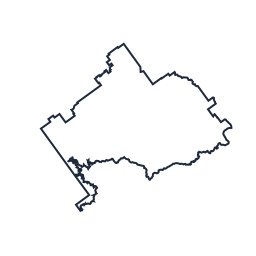 the district of Dardanup, Western Australia, Australia, rotated 144°
{"feature_id": "25037944B56639802047851", "entity_name": "Dardanup", "entity_type": "district", "adm_level": 2, "iso_a3": "AUS", "parent_name": "Australia", "parent_adm1": "Western Australia", "projection": "mercator", "projection_center": [115.891, -33.416], "detail": "fine", "context": "isolated", "style": "outline", "palette": "slate", "viewbox_px": 256, "rotation_deg": 144, "n_neighbors": 0, "source": "geoboundaries", "source_scale": "gbopen_adm2", "svg_char_len": 5786}
<svg xmlns="http://www.w3.org/2000/svg" viewBox="0 0 256 256"><g transform="rotate(144 128 128)"><path d="M46.9,121.0L47.5,121.2L48.0,121.7L48.5,122.7L48.1,124.1L49.2,124.7L49.6,125.8L49.4,126.6L48.3,127.2L48.4,128.1L48.3,129.2L48.7,130.2L49.4,130.1L50.8,131.4L50.4,133.0L50.5,133.9L53.4,136.5L54.5,136.5L54.9,136.7L54.8,137.5L55.5,139.2L56.6,140.2L56.9,140.7L56.7,142.1L57.6,142.8L58.6,143.2L58.6,143.5L57.5,144.9L57.4,145.9L63.5,145.9L63.5,148.2L71.7,148.3L71.7,148.8L82.2,148.8L82.1,164.9L84.8,165.9L82.1,170.2L82.0,198.6L88.9,198.6L88.9,199.6L100.0,199.5L100.0,198.3L102.7,198.3L102.7,193.7L106.4,193.7L106.4,190.0L103.6,189.9L103.6,187.8L107.1,187.8L108.0,186.0L107.8,185.5L108.9,185.5L108.9,183.9L111.6,183.9L111.6,187.8L113.7,187.8L113.7,186.8L118.7,186.8L118.7,186.1L120.3,186.1L120.3,187.7L123.6,187.7L123.6,187.3L125.7,187.3L125.6,181.6L124.7,181.6L124.7,178.5L154.0,178.5L154.0,177.5L158.3,177.5L160.5,175.7L162.1,175.6L163.0,176.0L163.0,171.6L163.9,171.6L163.9,169.2L175.2,169.2L175.2,179.6L181.3,179.6L181.3,182.0L187.1,182.0L187.2,178.6L198.8,178.7L198.9,125.5L198.8,96.6L215.2,96.5L215.2,89.1L214.7,89.2L213.8,88.4L212.9,88.7L212.8,88.9L213.2,90.1L213.6,90.9L212.9,91.1L212.8,91.9L212.3,92.6L211.4,92.9L210.5,92.6L210.0,92.8L209.5,92.5L208.9,92.6L208.6,91.8L208.7,91.5L207.0,92.0L207.2,91.5L206.9,91.2L204.8,90.5L203.7,89.1L203.3,88.8L202.2,89.1L202.0,89.4L201.7,89.4L201.6,89.8L200.4,89.9L199.5,89.6L198.8,88.9L198.8,89.4L198.6,89.9L198.1,89.9L197.5,90.4L197.0,91.2L196.8,91.8L195.3,92.9L195.4,93.4L195.7,93.9L194.8,93.6L194.5,93.8L193.8,93.6L192.6,93.7L191.9,93.5L191.9,94.9L191.4,95.7L191.4,96.5L189.9,97.6L188.3,97.7L188.1,98.0L188.0,98.4L188.3,98.9L188.2,99.6L188.6,100.2L190.4,100.1L189.8,101.0L190.4,101.2L190.3,101.6L189.5,102.9L190.3,103.3L191.7,103.4L191.8,103.6L191.4,103.9L191.1,104.7L191.8,106.0L191.5,106.7L191.6,107.3L192.4,108.3L193.3,107.6L193.4,108.3L194.0,109.7L194.4,110.0L195.3,109.9L195.8,110.4L194.8,111.4L194.7,112.1L194.1,112.6L193.6,112.8L193.2,113.3L193.4,113.7L195.0,114.1L195.1,114.3L194.1,114.9L194.0,116.0L193.2,115.2L192.7,115.2L192.1,116.3L192.1,116.8L193.1,118.1L196.9,118.9L197.4,119.2L197.5,119.8L197.2,120.6L196.3,120.0L195.3,119.7L193.7,120.3L193.1,120.2L192.8,120.6L193.1,121.2L192.8,121.6L192.2,121.7L191.8,121.1L190.9,121.0L190.7,121.2L190.7,121.5L190.1,122.0L190.2,122.5L190.5,122.8L191.9,123.7L192.4,123.5L191.8,124.3L191.7,125.3L191.9,125.7L192.4,125.8L192.6,126.1L192.2,126.1L191.8,126.5L191.6,128.0L192.1,128.7L191.7,129.1L191.7,129.8L191.2,130.2L191.1,130.9L190.5,130.9L190.3,131.3L191.2,132.3L192.4,131.7L193.5,131.5L191.9,132.8L191.7,133.1L191.8,133.3L192.4,133.4L192.9,134.3L192.9,134.8L193.5,135.3L194.6,135.5L195.6,136.1L196.5,135.9L195.9,136.2L193.9,136.2L193.5,136.4L193.3,136.9L192.1,137.0L191.8,136.7L191.2,136.5L190.3,136.9L190.2,136.7L190.3,136.3L191.5,135.1L191.3,134.5L190.3,134.0L190.0,133.2L189.1,132.9L188.7,132.3L188.7,130.9L189.0,129.9L189.4,129.3L189.7,128.2L189.3,127.1L189.4,126.6L188.1,125.0L188.4,123.9L188.2,123.5L186.3,123.5L185.2,124.4L185.1,122.8L184.7,122.2L184.5,120.7L183.6,120.1L183.6,119.7L184.0,119.2L184.2,118.3L182.8,118.9L181.3,119.2L181.2,120.7L181.4,121.1L181.2,122.0L180.5,122.2L180.3,122.5L180.3,123.0L180.7,123.6L180.0,124.6L179.7,125.5L179.4,125.1L178.9,125.2L179.3,124.7L179.5,123.8L179.4,123.0L178.8,122.5L179.3,121.3L178.2,121.3L177.8,120.7L177.4,120.5L178.1,119.7L176.3,119.7L175.5,119.2L174.2,120.1L173.8,120.2L173.2,119.6L172.5,119.8L171.2,118.6L171.0,117.3L170.0,116.7L169.8,116.3L168.7,116.5L168.3,116.2L167.7,116.2L167.4,115.7L166.2,114.5L164.3,114.8L163.8,114.3L163.7,113.6L163.2,113.3L160.1,112.4L159.5,112.6L158.9,112.5L158.5,111.6L158.8,110.5L158.7,108.7L158.4,107.0L157.8,106.3L156.4,106.7L156.1,106.7L156.0,106.3L154.4,107.2L152.9,107.1L151.7,107.5L151.3,107.5L150.1,106.5L149.0,106.7L148.2,106.7L148.1,105.6L147.6,104.0L147.0,103.1L146.0,102.4L145.9,101.9L146.4,100.1L146.0,98.8L145.4,98.0L144.5,97.7L144.2,97.4L143.6,96.3L142.2,95.1L141.8,94.1L141.9,92.9L140.1,90.9L139.7,90.2L137.8,88.3L137.5,87.6L137.7,87.1L138.5,86.2L138.4,85.9L137.9,85.8L137.6,85.1L137.5,83.9L137.6,83.0L138.1,82.5L139.0,81.9L139.6,81.0L139.9,79.5L141.2,78.9L141.6,78.0L141.6,77.5L140.6,77.1L140.3,76.7L141.0,74.4L141.0,73.5L140.7,73.3L139.2,73.8L138.1,73.7L137.4,74.1L136.5,74.3L134.9,76.0L134.4,76.2L133.3,76.3L132.7,76.1L131.8,75.2L131.6,74.7L130.6,74.1L130.0,74.1L129.3,74.5L128.9,74.5L128.2,75.6L127.6,75.7L126.1,75.1L124.6,73.6L123.0,74.2L122.3,74.0L122.1,73.4L121.3,73.0L118.5,73.1L117.1,72.6L116.2,72.7L114.5,72.4L112.5,72.6L111.7,71.8L110.9,71.8L110.2,71.5L109.4,71.1L108.2,69.9L107.1,68.3L106.1,67.9L105.4,67.4L104.3,65.8L103.7,65.8L102.7,65.3L102.7,64.2L101.9,63.9L101.0,62.9L100.5,63.0L99.9,62.7L99.5,62.0L98.9,62.5L98.4,62.0L98.1,62.7L97.1,62.8L96.6,63.4L95.9,62.9L95.1,62.8L95.2,62.3L94.7,61.8L93.8,61.7L93.4,62.3L92.7,62.0L92.3,62.5L91.7,62.9L91.4,62.4L90.9,62.4L90.5,62.2L90.3,62.6L88.8,62.2L87.2,63.2L87.7,64.1L87.3,64.3L87.3,65.2L86.5,65.6L86.0,66.6L85.7,66.8L85.4,66.4L84.4,66.9L83.0,64.9L80.7,64.3L79.8,62.8L77.3,62.9L77.1,62.5L77.3,61.4L77.1,60.6L76.7,59.6L76.2,59.3L75.8,59.5L75.5,60.1L74.4,60.5L73.8,60.3L73.2,59.5L72.1,59.5L70.7,60.1L69.7,60.9L69.1,61.1L68.3,60.7L68.5,59.6L68.3,59.1L67.6,59.0L67.1,59.2L66.9,59.5L66.9,60.6L66.6,61.0L65.5,61.2L64.1,62.0L63.2,62.1L62.6,61.9L62.5,61.7L62.6,60.1L62.4,59.5L60.6,58.3L60.2,57.6L59.5,56.9L55.9,56.4L55.1,56.9L54.7,57.7L54.7,58.6L55.4,61.0L55.0,62.3L54.6,66.6L54.2,67.4L53.4,68.2L52.3,68.9L51.3,69.1L49.6,69.0L47.7,69.1L46.0,68.5L44.3,67.3L43.4,68.7L43.0,70.5L44.0,75.9L44.0,77.4L44.7,78.1L49.4,78.1L49.4,84.0L49.7,84.0L49.7,87.6L49.9,88.3L52.3,87.3L52.3,96.1L42.7,96.1L42.7,97.2L42.2,97.9L42.3,98.8L41.8,100.7L40.9,101.5L40.8,102.0L41.3,102.8L46.9,102.8L46.9,121.0Z" fill="none" stroke="#1e293b" stroke-width="2"/></g></svg>